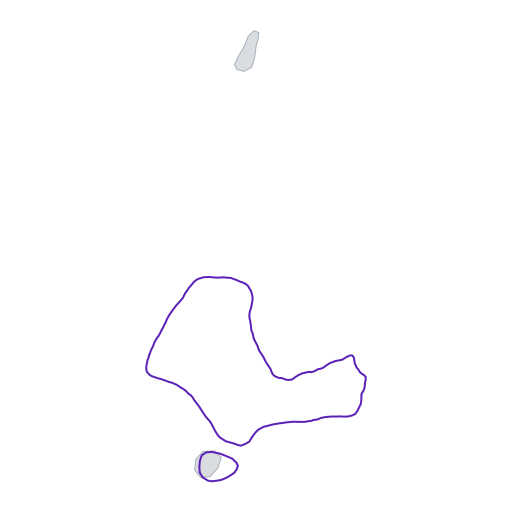 location of Felidhoo, Maldives
{"feature_id": "70690204B77108705549894", "entity_name": "Felidhoo", "entity_type": "district", "adm_level": 2, "iso_a3": "MDV", "parent_name": "Maldives", "parent_adm1": "", "projection": "albers", "projection_center": [73.527, 3.453], "detail": "fine", "context": "in_parent", "style": "outline", "palette": "violet", "viewbox_px": 512, "rotation_deg": 0, "n_neighbors": 0, "source": "geoboundaries", "source_scale": "gbopen_adm2", "svg_char_len": 4126}
<svg xmlns="http://www.w3.org/2000/svg" viewBox="0 0 512 512"><path d="M251.7,67.2L244.1,71.3L237.0,69.6L234.5,64.5L238.1,56.8L244.0,47.0L248.1,36.4L254.1,30.7L258.7,32.6L258.2,38.6L256.0,46.8L254.7,57.4L251.7,67.2ZM209.8,476.6L200.5,477.4L194.7,469.9L195.9,459.0L203.2,451.4L214.7,450.9L221.3,457.7L217.8,468.3L209.8,476.6Z" fill="#d9dde1" stroke="#a8b0b8" stroke-width="1"/><path d="M365.3,381.3L365.7,379.9L365.7,378.8L365.7,377.1L365.1,376.2L364.4,375.4L363.4,374.7L362.4,374.2L361.3,373.4L360.0,372.2L359.2,370.9L358.2,369.3L356.6,367.5L355.8,365.5L355.0,364.0L354.6,362.4L354.3,360.3L353.9,357.8L353.1,356.4L352.4,355.6L350.8,355.3L349.1,355.8L347.6,356.5L346.0,357.3L344.0,358.6L342.5,359.6L339.8,360.2L337.2,360.7L335.5,360.9L333.8,361.7L331.8,362.4L329.9,363.1L328.0,364.3L325.9,365.7L323.5,367.5L321.6,368.4L319.6,368.9L317.8,369.3L316.3,370.2L314.9,371.0L313.6,371.5L311.9,372.0L310.7,372.2L308.9,371.8L307.6,372.1L306.4,372.4L304.5,372.9L303.1,373.2L301.6,373.5L300.4,374.3L298.9,374.8L297.1,376.0L295.0,377.2L293.9,378.3L292.6,379.0L291.4,379.7L289.5,379.9L287.5,379.9L285.9,379.6L284.6,379.1L283.5,378.7L281.8,378.0L280.2,378.1L278.8,377.9L277.3,377.2L275.2,376.4L273.7,375.3L272.8,374.2L272.2,373.2L271.3,371.3L270.9,369.8L270.2,368.6L269.5,367.4L268.5,366.0L267.5,364.4L266.7,363.3L266.3,362.5L265.5,361.4L265.1,360.4L264.4,359.0L263.5,357.2L262.8,356.1L261.7,354.3L260.7,352.9L259.5,351.2L258.9,349.7L258.2,348.2L257.8,346.7L257.2,345.2L256.4,343.7L255.6,342.3L254.4,339.9L253.9,338.7L253.6,338.1L253.3,336.4L252.9,334.3L252.4,332.6L251.6,331.2L251.3,329.5L251.1,327.8L251.0,326.5L250.8,324.7L250.4,322.3L250.1,320.5L249.7,319.0L249.4,317.3L249.4,315.1L249.5,313.4L250.0,311.1L250.4,309.7L251.0,308.1L251.3,306.9L251.7,304.3L252.1,302.3L252.4,300.8L252.6,299.0L252.5,297.1L252.2,295.1L251.6,293.0L251.1,291.3L250.2,289.6L248.8,287.3L247.9,285.8L246.5,284.6L244.0,283.0L242.2,282.4L239.2,281.3L237.7,280.5L235.7,279.7L234.1,279.2L230.8,277.9L228.4,277.8L225.5,277.5L222.9,277.3L219.3,277.6L216.2,277.6L213.5,277.4L211.5,277.2L209.1,277.0L205.6,277.1L203.0,277.4L201.1,278.0L198.7,278.7L196.4,279.9L194.7,281.2L193.1,282.8L192.0,284.3L188.9,287.8L187.4,290.2L185.4,292.8L184.2,295.2L182.8,298.0L181.0,300.1L179.0,302.5L177.6,303.9L176.1,305.5L174.5,307.8L173.0,309.7L172.1,310.9L168.9,315.5L168.1,317.1L166.8,319.5L165.4,322.8L163.8,326.0L162.4,328.7L161.1,331.1L159.9,333.6L158.6,335.9L157.1,337.8L155.7,340.2L154.6,342.0L153.5,345.0L152.6,347.1L151.7,348.8L150.6,351.3L149.9,353.5L149.0,355.3L148.5,357.8L147.6,359.9L147.1,362.1L146.6,364.7L146.3,366.8L146.3,368.4L146.4,370.4L147.2,372.2L148.7,373.9L150.1,375.2L152.4,376.4L155.7,377.5L158.1,378.3L161.1,379.1L163.8,380.0L167.1,381.2L169.1,382.0L172.2,382.8L174.2,383.7L176.6,384.7L178.8,386.2L180.8,387.6L183.4,389.0L185.7,390.8L187.4,392.5L188.8,394.0L190.7,395.1L192.4,397.1L194.4,400.3L196.6,403.2L199.2,406.6L201.2,409.8L203.8,413.7L205.9,416.8L207.5,418.7L209.7,421.1L211.8,424.4L213.2,427.2L215.0,430.7L216.6,433.3L218.5,436.0L220.6,438.0L223.4,439.7L225.9,441.3L229.3,442.2L232.0,443.0L233.6,443.4L235.7,444.1L238.2,445.2L241.1,445.6L245.6,443.8L249.3,441.6L251.7,437.6L253.6,434.9L255.6,432.3L258.1,429.9L261.1,428.1L264.1,426.6L266.7,426.1L270.2,425.1L273.7,424.3L278.9,423.4L283.1,422.9L287.0,422.3L290.2,422.0L293.6,421.7L297.2,421.8L299.9,421.9L304.8,421.9L309.1,421.1L310.8,420.9L312.1,420.6L312.9,420.2L313.7,419.9L315.1,419.9L316.9,419.5L318.6,419.0L320.7,418.0L323.9,417.3L326.9,416.9L330.4,416.6L334.1,416.5L337.1,416.5L340.4,416.4L343.1,416.6L346.4,416.6L349.8,416.1L352.5,415.3L355.0,414.1L356.4,412.3L357.6,410.5L358.6,408.5L359.5,406.6L360.1,405.4L360.7,404.2L361.1,401.9L361.3,400.1L361.4,398.1L361.4,395.7L361.5,394.0L362.2,392.6L363.2,391.2L363.8,389.8L364.4,388.3L364.7,386.7L364.8,384.8L365.0,382.7L365.3,381.3ZM237.9,465.7L236.4,462.6L232.2,458.6L226.3,456.1L220.5,453.8L215.7,452.7L211.5,451.9L206.2,452.4L201.8,455.3L199.9,460.7L199.3,467.1L199.8,472.6L202.6,477.3L207.8,480.6L212.0,481.3L218.1,480.5L221.6,479.8L226.1,477.9L230.6,475.3L234.5,472.6L236.7,469.2L237.9,465.7Z" fill="none" stroke="#5b21b6" stroke-width="2"/></svg>